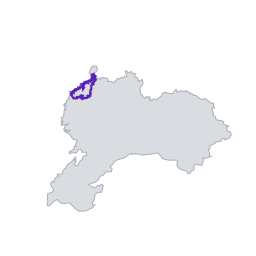 China, with Guangdong highlighted, rotated 165°
{"feature_id": "CHN-1180", "entity_name": "Guangdong", "entity_type": "Province", "adm_level": 1, "iso_a3": "CHN", "parent_name": "China", "parent_adm1": "", "projection": "albers", "projection_center": [112.97, 22.878], "detail": "fine", "context": "in_parent", "style": "outline", "palette": "violet", "viewbox_px": 256, "rotation_deg": 165, "n_neighbors": 0, "source": "natural_earth", "source_scale": "10m", "svg_char_len": 9123}
<svg xmlns="http://www.w3.org/2000/svg" viewBox="0 0 256 256"><g transform="rotate(165 128 128)"><path d="M139.9,183.5L135.0,181.4L134.7,179.3L135.6,178.2L132.1,177.4L130.0,175.6L124.8,178.6L123.7,177.5L121.2,178.7L119.4,177.4L118.0,178.8L116.4,178.2L115.7,179.1L116.1,183.6L114.3,183.3L113.8,181.0L110.2,181.8L109.5,179.5L106.8,178.8L108.3,175.6L106.0,174.4L105.6,171.5L106.3,170.6L101.5,171.0L102.1,169.8L101.6,168.1L103.0,165.7L106.3,163.5L106.9,156.6L105.7,156.5L105.2,154.0L103.8,152.4L102.4,153.5L98.8,152.3L100.0,151.0L99.6,149.7L98.5,150.1L99.4,148.9L98.4,148.0L95.9,149.4L93.3,147.9L88.0,150.0L85.6,152.5L83.0,153.0L80.7,151.3L75.9,149.6L71.6,153.0L71.2,149.7L67.4,150.2L64.0,148.4L63.2,149.0L62.4,148.1L61.7,148.8L60.8,147.1L58.9,146.6L59.2,145.5L56.2,143.6L56.0,142.3L54.1,142.1L49.7,136.4L47.5,135.9L46.2,136.8L40.5,129.9L39.2,130.0L39.7,127.4L39.1,124.9L41.9,125.7L41.6,119.4L42.7,118.4L40.7,116.5L40.7,113.1L34.8,110.3L34.2,109.2L34.5,106.8L30.3,103.7L32.9,103.4L32.4,102.4L33.0,99.3L29.9,97.6L30.2,94.3L31.2,94.0L32.0,92.4L35.1,91.5L37.5,91.5L37.6,92.8L39.7,93.2L42.2,91.1L46.1,91.9L48.5,90.5L53.6,89.8L53.9,87.5L55.3,86.9L55.0,86.2L56.3,86.1L55.7,82.3L56.6,80.1L54.9,79.1L60.9,78.6L63.3,80.0L63.8,79.0L63.0,78.2L66.4,72.9L71.5,75.2L73.8,74.8L75.2,70.5L78.0,70.2L79.3,68.4L82.2,68.6L82.3,70.9L88.9,75.2L90.5,79.5L88.8,83.1L89.3,84.4L97.4,86.5L102.9,89.7L102.7,90.6L105.5,96.0L121.9,98.2L123.9,99.8L128.8,101.7L131.4,101.4L131.3,102.2L132.9,102.6L138.8,100.2L147.1,99.9L150.6,98.7L152.6,96.6L155.5,95.2L153.9,92.7L155.5,90.1L160.8,91.3L163.9,88.9L167.4,88.6L170.1,85.5L172.5,85.1L172.8,84.3L180.4,83.7L179.8,82.0L175.9,79.1L173.7,79.2L172.4,80.4L170.6,79.7L167.9,80.4L166.8,78.8L170.2,72.7L173.8,73.7L178.0,71.6L177.6,70.4L180.2,66.1L182.1,64.3L181.8,62.7L179.9,62.3L182.6,60.3L190.3,58.9L196.5,60.1L198.7,62.2L203.2,69.3L203.2,70.7L209.3,71.6L212.7,73.1L214.6,77.1L219.1,76.4L221.0,74.7L224.3,73.3L225.5,73.5L226.1,75.4L224.5,77.2L224.1,81.1L222.4,85.5L218.3,85.4L215.8,87.5L217.4,92.8L217.0,94.7L215.0,95.6L215.4,96.3L213.2,94.8L212.8,96.9L210.5,98.8L207.7,99.3L208.6,100.6L208.2,101.5L203.5,100.7L201.4,104.0L197.9,106.1L196.1,108.3L191.5,109.9L186.1,113.6L185.9,112.9L187.7,112.0L188.1,110.9L186.3,111.0L186.3,110.4L189.3,106.5L187.8,104.8L185.7,105.2L183.5,107.9L180.1,109.9L178.8,112.2L174.8,112.5L174.5,115.3L178.8,116.6L179.0,119.4L180.2,120.2L181.7,120.0L183.3,117.9L184.9,117.2L188.0,118.5L191.5,118.5L190.5,120.8L189.1,120.4L185.4,121.9L184.9,123.9L183.3,123.7L183.7,124.6L180.1,129.3L184.0,131.4L186.4,137.7L190.0,140.6L189.8,141.4L185.3,140.0L183.7,140.8L186.0,140.5L190.2,144.0L187.0,146.9L185.4,147.0L184.6,147.6L188.3,147.2L191.4,148.7L189.4,150.4L191.0,150.3L191.0,151.7L189.3,151.9L190.1,152.5L189.5,153.8L190.0,155.2L188.4,155.2L187.0,156.6L184.7,162.3L183.0,161.7L184.2,163.5L182.7,164.7L181.5,164.5L183.3,164.9L183.4,167.4L181.8,167.2L182.2,168.1L181.1,168.3L180.0,170.7L177.0,171.4L177.8,172.3L175.3,175.1L173.6,174.9L172.0,177.8L162.8,179.7L160.9,177.3L160.2,178.1L161.1,180.9L159.3,181.0L157.4,182.7L156.6,181.9L156.3,182.9L155.0,182.4L153.7,183.6L149.1,184.4L148.1,186.0L149.5,187.8L148.8,188.7L147.0,188.4L146.2,186.1L147.3,183.8L145.9,182.9L144.3,184.0L141.9,182.0L141.9,183.1L139.9,183.5ZM150.0,189.4L151.3,191.3L147.6,196.2L145.4,197.1L142.3,195.7L142.2,192.6L144.6,190.3L150.0,189.4ZM190.2,142.2L189.0,142.1L187.8,141.1L188.7,141.2L190.2,142.2ZM192.0,147.9L191.1,148.2L190.9,147.7L192.0,147.9ZM184.2,166.6L183.7,167.2L183.7,166.4L184.2,166.6ZM148.6,185.8L149.5,185.5L149.5,186.0L148.6,185.8Z" fill="#d9dde1" stroke="#a8b0b8" stroke-width="1"/><path d="M164.3,179.3L163.0,179.7L162.6,179.6L162.3,180.0L162.2,179.7L162.3,179.7L162.1,179.4L161.8,178.7L161.4,178.7L161.3,178.2L161.3,178.4L161.3,178.1L161.2,178.2L161.4,177.6L161.2,178.1L161.3,177.6L161.1,178.0L161.2,177.6L161.0,177.8L161.0,177.5L161.6,177.2L162.0,177.2L161.6,177.1L160.9,177.5L160.5,177.3L160.9,177.7L160.8,178.0L159.8,178.1L160.3,178.2L160.8,178.7L160.6,178.8L160.4,178.7L161.2,179.5L161.0,180.0L161.1,180.3L161.3,180.3L161.1,180.6L161.2,180.8L160.8,181.2L160.0,180.3L159.6,179.5L159.6,179.8L160.5,181.1L160.1,181.1L159.9,181.4L159.9,181.6L159.6,181.7L159.4,181.4L159.4,180.9L159.3,181.0L159.2,181.3L159.1,182.0L158.6,182.4L158.3,182.0L157.6,182.4L157.5,182.7L157.3,182.8L156.8,182.5L156.7,182.2L157.1,182.0L156.7,182.0L156.7,181.5L156.5,181.9L156.7,182.6L156.6,182.9L156.3,183.0L155.9,182.8L155.9,182.5L155.3,182.6L155.2,182.6L155.3,182.3L155.1,182.5L154.8,182.1L154.8,182.6L155.2,182.7L154.7,183.1L154.6,182.8L154.0,182.7L154.3,182.9L154.3,183.1L154.2,183.3L154.4,183.4L154.1,183.3L153.8,183.7L153.6,183.5L153.2,183.8L153.0,183.4L152.9,183.6L153.0,183.7L152.8,183.7L152.4,184.1L152.5,183.8L152.1,183.7L152.0,183.8L151.7,183.9L151.9,183.8L151.5,183.7L151.3,183.8L151.3,184.0L151.5,183.9L151.3,184.1L150.9,184.3L150.5,184.2L150.0,184.8L150.1,184.4L150.0,184.5L150.0,184.3L150.4,184.2L150.5,184.0L150.0,184.3L150.0,184.9L149.7,184.8L149.8,184.9L149.4,184.9L149.2,185.0L149.2,184.7L149.4,184.7L149.2,184.6L149.2,184.2L148.9,184.0L149.0,184.5L148.8,184.5L149.1,184.9L149.1,185.1L148.4,185.7L148.1,185.8L148.1,186.4L148.9,186.4L149.1,186.8L149.0,187.0L148.9,186.9L148.8,186.6L148.7,187.2L148.8,187.1L148.7,187.3L148.9,187.3L149.1,187.5L149.3,187.6L149.5,188.0L149.0,188.7L148.6,188.9L148.4,188.8L148.0,188.9L147.6,188.7L147.2,188.9L147.2,188.5L147.0,188.2L147.4,188.4L147.5,188.1L147.4,187.9L147.3,188.0L147.2,187.8L147.2,188.1L147.1,187.9L146.8,187.8L146.9,187.4L146.8,187.6L146.7,187.3L146.6,187.1L147.0,186.9L146.7,187.0L146.6,186.4L146.5,186.6L146.4,186.4L146.4,186.6L146.2,186.1L146.4,185.6L146.3,185.3L146.4,185.0L146.6,185.1L146.7,184.9L146.7,184.3L146.8,184.4L147.3,184.3L147.2,184.2L147.4,183.9L147.0,183.7L146.9,183.9L146.8,183.5L146.6,183.4L146.6,183.1L146.9,183.2L147.3,183.0L147.5,182.3L148.0,182.1L149.0,182.2L148.9,181.0L149.2,180.9L149.5,181.2L150.0,181.1L150.2,180.6L150.6,180.6L150.3,180.3L150.2,179.8L150.4,179.8L150.5,179.4L151.2,179.3L151.3,179.1L151.6,179.2L151.8,178.9L151.6,178.8L152.2,178.7L152.8,178.1L153.0,177.5L152.9,177.2L152.9,176.3L153.2,175.2L153.8,175.0L153.8,174.6L154.0,174.3L154.5,174.3L154.6,173.9L154.9,173.7L154.8,172.7L155.4,172.2L155.2,171.7L155.3,171.4L155.0,171.1L155.0,170.8L155.6,170.3L155.8,170.4L155.9,169.9L155.7,169.8L156.0,168.8L157.6,169.0L157.9,169.6L158.4,169.8L158.9,169.7L158.9,168.9L159.1,168.6L158.6,168.6L158.4,168.2L158.7,168.3L159.8,167.5L160.0,167.5L160.3,167.8L160.5,168.0L160.9,168.0L161.1,168.2L161.5,168.1L161.9,168.2L162.2,167.8L162.7,167.8L162.8,168.5L163.1,168.3L163.7,168.3L164.3,168.0L164.7,167.8L164.8,168.1L165.3,168.4L165.2,168.9L165.4,169.0L164.2,169.6L163.9,170.5L163.3,170.9L164.0,171.3L164.2,171.6L165.1,171.2L165.3,171.4L165.5,171.0L165.9,171.2L166.2,170.9L166.6,170.7L167.0,170.8L167.4,170.5L167.6,170.5L168.0,170.4L169.0,171.3L169.3,171.3L169.2,170.2L169.4,170.0L169.7,170.0L169.7,169.8L170.2,169.9L170.5,170.1L171.0,170.1L171.5,170.1L172.0,171.0L172.6,170.7L173.0,170.8L172.9,171.3L173.4,171.9L173.7,172.6L173.6,173.1L174.1,174.5L174.6,175.0L174.3,175.3L174.2,174.9L173.8,175.0L173.6,174.8L173.5,175.1L173.5,175.7L173.1,176.1L172.7,176.1L172.2,175.9L172.4,176.3L173.0,176.2L173.2,176.6L172.9,176.4L172.7,176.4L172.9,176.6L172.7,176.9L172.5,176.6L172.1,176.6L172.2,176.8L172.5,176.7L172.2,177.1L172.4,177.5L172.1,177.8L171.7,177.9L171.3,177.7L171.1,177.7L171.3,177.8L170.8,178.2L170.6,178.3L170.7,178.0L170.4,177.9L170.5,178.2L169.6,178.7L169.5,178.4L169.1,178.1L169.2,177.9L168.6,178.3L168.5,178.2L168.0,178.0L168.3,178.1L168.3,178.3L168.6,178.3L168.8,178.2L168.5,178.6L168.6,178.8L168.7,178.7L168.7,179.0L167.9,178.9L168.1,178.6L167.9,178.6L167.4,178.5L167.7,178.3L167.7,178.1L167.4,178.3L167.2,178.4L167.2,178.6L166.7,178.5L166.6,178.9L166.5,179.0L166.3,178.7L166.0,178.7L166.4,179.0L166.1,179.5L166.0,179.3L165.5,179.3L165.5,178.8L165.8,178.6L165.7,178.4L164.7,178.9L164.7,179.2L165.0,179.2L164.6,179.5L164.8,179.5L165.1,179.7L164.7,179.9L164.3,179.3ZM149.6,185.7L149.5,186.1L149.2,185.8L148.5,185.9L148.5,185.7L148.8,185.5L148.6,185.5L149.0,185.4L149.1,185.7L149.6,185.5L149.6,185.7ZM158.1,182.8L158.5,182.9L158.2,183.0L158.3,183.5L158.1,183.5L158.0,183.3L158.1,183.1L157.9,183.0L158.1,182.8ZM160.8,178.1L161.2,178.7L160.5,178.2L160.8,178.1ZM154.6,183.3L155.2,183.2L155.2,183.4L154.5,183.6L154.6,183.3ZM149.9,185.1L149.6,185.4L149.1,185.1L149.6,185.0L149.9,185.1ZM161.0,178.8L161.4,179.1L161.4,179.4L160.8,178.9L161.0,178.8ZM173.7,175.8L174.4,175.5L174.4,175.9L173.7,175.8ZM157.6,183.0L157.7,183.3L157.2,183.5L157.3,183.1L157.6,183.0ZM160.5,181.5L160.5,181.8L160.1,181.7L160.4,181.5L160.5,181.5ZM160.4,181.2L160.2,181.5L160.0,181.3L160.4,181.2ZM149.8,186.0L149.8,186.3L149.6,186.2L149.8,186.0ZM160.8,181.4L161.0,181.4L160.8,181.5L160.8,181.4ZM160.0,182.1L160.0,182.3L159.8,182.2L160.0,182.1ZM149.3,187.3L149.3,187.5L149.1,187.2L149.3,187.3ZM161.0,177.9L161.1,178.1L160.9,178.1L161.0,177.9ZM173.9,175.2L173.9,175.4L173.7,175.4L173.9,175.2ZM161.3,180.0L161.5,180.1L161.3,180.2L161.3,180.0ZM163.9,181.5L163.5,181.7L163.9,181.5ZM161.9,181.8L161.9,182.0L161.8,181.9L161.9,181.8Z" fill="none" stroke="#5b21b6" stroke-width="2"/></g></svg>